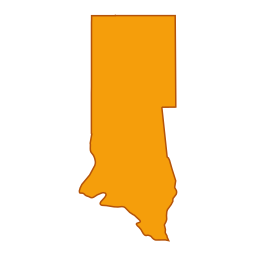 outline of North Darfur
{"feature_id": "SDN-881", "entity_name": "North Darfur", "entity_type": "State", "adm_level": 1, "iso_a3": "SDN", "parent_name": "Sudan", "parent_adm1": "", "projection": "robinson", "projection_center": [25.452, 15.918], "detail": "fine", "context": "isolated", "style": "filled", "palette": "amber", "viewbox_px": 256, "rotation_deg": 0, "n_neighbors": 0, "source": "natural_earth", "source_scale": "10m", "svg_char_len": 2286}
<svg xmlns="http://www.w3.org/2000/svg" viewBox="0 0 256 256"><path d="M112.7,15.7L115.1,15.7L115.3,15.7L115.4,15.4L115.9,15.6L175.2,15.6L175.8,107.0L175.2,107.1L162.4,107.2L162.1,107.5L161.9,107.9L167.1,156.7L167.2,157.0L167.5,157.3L168.4,158.0L169.5,160.3L172.1,169.4L175.7,180.8L174.7,187.1L174.7,187.4L174.8,187.6L174.8,187.8L176.4,190.6L176.6,191.6L176.6,192.7L176.3,194.0L176.2,194.2L175.9,194.7L173.4,198.0L173.1,198.3L173.0,198.6L172.9,199.0L172.8,201.1L172.8,201.5L172.1,202.7L171.7,203.5L171.2,204.5L167.5,209.6L166.9,211.3L166.8,211.7L166.5,215.5L166.7,218.8L166.7,219.2L166.6,219.5L166.6,219.9L165.9,221.9L164.6,224.3L164.5,224.7L164.4,225.0L164.5,225.6L165.4,229.4L165.4,229.7L165.4,230.1L165.3,231.1L165.3,232.5L165.3,232.8L165.4,233.1L166.6,235.2L166.9,235.8L167.1,236.7L167.2,237.3L168.7,240.6L165.3,239.9L155.9,240.0L155.0,239.8L153.8,239.2L152.6,238.2L151.5,236.9L151.1,236.4L150.2,235.9L148.9,235.4L147.9,235.2L147.0,235.3L146.3,235.5L145.4,235.4L144.5,234.9L143.3,233.6L140.9,229.4L138.9,227.1L137.3,225.7L136.7,224.7L136.4,224.2L136.5,223.7L136.9,223.3L137.4,223.1L139.5,222.4L140.0,222.0L140.3,221.6L140.2,221.0L140.0,220.5L139.5,220.0L134.3,215.2L133.1,214.6L129.8,212.4L125.3,207.8L124.6,207.3L123.8,206.9L122.8,206.7L121.7,206.6L117.9,207.0L113.9,206.8L106.5,205.6L102.1,205.3L101.2,205.0L100.6,204.5L100.2,203.9L100.2,203.1L100.6,202.2L101.1,201.4L104.4,197.8L105.4,196.4L105.7,195.7L106.0,195.2L106.0,194.7L105.9,194.1L105.5,193.4L104.9,193.0L104.1,192.8L103.3,192.7L102.4,192.8L101.4,193.1L97.4,194.8L93.6,197.2L92.5,197.6L91.5,197.7L90.8,197.6L89.0,196.7L86.4,195.8L85.7,195.4L85.0,194.9L84.3,194.1L83.6,193.6L82.9,193.3L82.2,193.1L80.8,193.1L80.2,193.0L79.7,192.8L79.4,191.9L79.4,190.6L80.2,187.9L81.9,184.4L89.7,175.0L94.8,165.5L95.1,164.4L95.3,163.5L95.4,162.4L95.3,161.2L94.8,158.8L94.2,157.0L93.5,155.5L92.6,154.2L91.4,152.7L90.8,151.8L90.4,150.3L90.3,148.7L90.4,144.6L90.2,143.2L91.8,134.0L91.4,133.4L91.4,131.8L91.4,125.4L91.4,119.0L91.4,112.6L91.4,106.2L91.4,99.8L91.4,93.4L91.5,87.0L91.5,80.6L91.5,74.2L91.5,67.8L91.5,61.4L91.5,55.1L91.5,48.7L91.5,42.3L91.5,35.9L91.5,29.5L91.5,26.0L91.5,22.6L91.6,19.2L91.6,15.7L95.4,15.7L97.5,15.7L100.2,15.7L103.3,15.7L106.3,15.7L109.2,15.7L112.7,15.7Z" fill="#f59e0b" stroke="#b45309" stroke-width="1.5"/></svg>